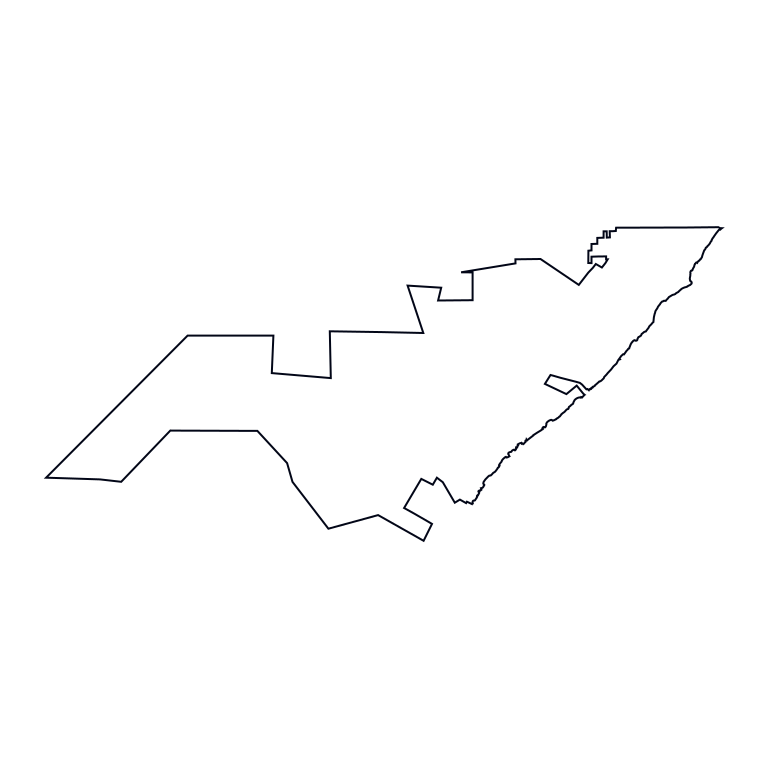 the district of Solidaridad, Quintana Roo, Mexico
{"feature_id": "50627088B14293404548968", "entity_name": "Solidaridad", "entity_type": "district", "adm_level": 2, "iso_a3": "MEX", "parent_name": "Mexico", "parent_adm1": "Quintana Roo", "projection": "orthographic", "projection_center": [-87.149, 20.584], "detail": "fine", "context": "isolated", "style": "outline", "palette": "ink", "viewbox_px": 768, "rotation_deg": 0, "n_neighbors": 0, "source": "geoboundaries", "source_scale": "gbopen_adm2", "svg_char_len": 6017}
<svg xmlns="http://www.w3.org/2000/svg" viewBox="0 0 768 768"><path d="M187.6,335.6L46.1,477.7L59.6,478.1L100.0,479.4L121.2,481.8L170.4,430.5L171.5,430.6L257.4,430.9L287.1,463.1L292.5,481.9L328.4,528.7L378.1,515.1L423.6,540.8L432.0,523.9L414.4,513.7L404.1,508.0L421.3,478.9L432.8,484.7L436.9,477.7L442.8,482.2L454.8,502.7L459.9,499.6L466.1,503.1L466.9,501.7L471.6,503.9L471.6,503.6L472.5,503.7L472.8,503.5L472.6,502.5L472.7,501.4L473.1,500.8L473.7,500.5L474.7,500.5L475.1,500.2L475.4,499.6L476.6,497.9L477.0,497.1L476.9,497.0L477.0,496.8L477.0,496.1L477.1,495.7L477.6,495.2L478.0,495.3L478.2,494.9L478.6,494.1L479.2,492.9L479.2,492.4L478.5,491.8L478.4,491.5L478.5,491.1L479.2,490.6L479.6,490.6L480.0,490.8L480.2,490.7L480.2,490.4L480.4,490.1L480.9,490.1L481.4,489.8L481.4,489.3L481.0,488.2L481.9,488.0L482.6,487.7L483.3,486.9L483.9,485.3L484.2,485.3L484.3,484.8L483.3,483.7L483.5,482.2L483.9,481.5L485.4,479.4L488.3,476.4L489.2,475.7L489.8,475.7L490.3,475.4L490.8,475.4L491.7,474.6L493.2,472.9L495.0,471.8L496.1,470.5L497.6,468.4L497.8,467.7L498.4,467.5L498.9,467.0L499.1,466.2L499.6,465.7L499.4,465.2L499.1,465.1L499.2,464.7L499.7,464.0L500.0,463.5L501.6,461.6L501.9,460.5L502.9,459.2L504.4,457.8L505.3,457.1L505.7,456.9L506.0,456.9L506.4,457.5L507.6,457.3L509.4,456.3L509.1,455.9L509.1,455.5L508.2,453.9L508.6,452.7L509.9,452.1L511.3,451.8L511.6,451.3L512.1,450.6L513.4,449.8L514.3,449.7L514.5,449.9L514.6,450.2L514.7,450.3L514.8,450.3L514.9,450.0L515.3,450.1L515.7,449.7L515.9,449.3L515.8,449.2L516.1,448.7L516.0,447.8L516.1,447.3L517.2,447.4L517.6,445.3L518.7,446.3L517.7,445.3L517.7,445.0L518.3,444.1L519.6,443.4L520.4,443.1L521.1,443.0L521.7,443.2L522.1,443.6L522.2,443.8L522.1,444.2L522.3,444.4L522.2,444.2L522.4,444.0L522.4,443.6L522.5,443.7L522.6,444.4L522.6,444.2L522.9,444.3L522.6,444.5L523.0,444.3L523.6,443.8L525.6,441.8L525.4,441.0L525.5,440.6L525.9,440.4L526.4,440.3L526.6,440.2L526.4,440.1L526.5,439.6L526.7,439.9L526.7,440.2L527.2,440.0L526.5,440.4L526.5,440.6L527.2,440.4L527.3,440.1L533.4,435.4L533.4,435.1L533.7,435.0L534.0,434.7L535.3,433.9L536.8,432.9L541.4,430.1L541.8,429.4L542.2,429.2L542.6,429.3L543.0,428.9L542.5,428.5L542.6,427.8L543.1,427.2L543.9,426.9L545.1,427.3L545.7,426.7L546.0,426.0L546.4,424.4L546.3,423.6L546.5,423.2L546.8,422.6L547.5,421.8L549.0,420.7L549.8,420.3L550.9,419.9L551.5,419.9L552.0,420.1L552.5,420.6L552.8,420.7L553.2,420.4L553.9,420.3L555.7,419.4L556.0,419.1L556.3,419.1L556.8,418.5L558.4,417.6L559.2,416.7L559.7,416.5L560.2,416.0L560.5,415.4L561.2,414.7L561.5,414.1L561.9,413.9L562.5,413.3L564.5,411.9L566.2,410.0L566.7,409.5L567.3,409.2L567.8,409.1L568.3,408.9L568.6,408.3L568.5,408.1L568.7,407.6L569.0,406.9L570.3,406.0L570.9,405.3L571.5,404.8L573.1,403.7L573.3,403.0L573.4,402.4L574.6,400.1L575.4,399.3L576.5,398.5L577.7,397.9L578.6,397.6L579.9,397.4L580.8,397.7L581.2,397.5L581.3,397.0L581.8,397.1L582.1,397.4L584.0,395.4L584.0,394.9L584.5,394.7L583.4,393.8L576.7,385.6L566.4,394.1L544.9,383.9L550.5,375.0L552.9,375.6L560.5,377.8L576.1,381.8L579.9,382.9L582.1,384.6L586.4,389.3L587.4,389.0L588.8,390.2L589.1,389.5L589.4,389.3L589.6,389.4L589.9,389.0L590.2,388.9L590.6,389.2L591.1,389.0L591.3,388.7L591.4,387.9L591.9,387.7L592.2,387.8L592.5,387.7L592.6,387.4L592.5,387.1L592.7,386.9L593.0,387.1L593.5,386.6L594.8,385.8L594.9,385.4L597.0,383.6L598.2,382.5L598.7,382.2L598.9,381.8L599.4,381.4L600.0,381.4L600.8,381.0L601.7,380.3L602.4,379.6L603.0,379.0L603.7,378.4L604.2,377.0L606.6,374.5L607.6,373.2L611.1,369.5L613.5,366.3L616.5,363.6L618.3,360.0L619.0,359.1L619.6,359.5L619.8,359.4L619.4,359.1L619.5,358.9L619.3,358.7L621.2,356.0L623.2,354.2L624.0,354.4L625.6,352.2L626.4,351.0L627.6,349.8L628.0,349.1L628.7,348.5L629.2,348.4L629.3,347.9L630.7,344.3L631.8,342.4L632.1,342.3L633.1,341.0L634.3,340.2L634.8,340.2L635.4,340.7L635.7,340.7L636.6,340.6L636.9,340.4L637.3,339.9L637.5,338.9L638.3,337.3L638.6,337.0L639.5,336.7L640.4,335.9L641.0,335.6L641.7,333.9L642.1,333.7L644.1,332.0L645.1,331.6L645.8,331.5L646.0,331.3L646.4,330.6L648.5,327.9L649.3,326.3L651.3,324.3L652.7,322.6L653.4,322.1L653.9,317.2L654.7,313.7L655.1,312.8L655.2,312.0L655.6,310.8L657.4,308.1L657.9,306.9L659.0,305.4L659.9,304.4L660.3,303.6L660.9,302.8L662.2,301.5L663.1,301.3L663.7,300.9L664.1,300.7L664.8,300.9L665.7,300.9L666.6,299.7L667.7,298.7L668.5,297.6L668.9,297.1L672.2,295.1L672.9,294.8L674.2,294.5L675.3,294.0L676.2,293.1L678.3,292.0L678.9,291.3L680.2,290.1L680.6,289.8L681.5,288.9L682.6,288.3L683.6,287.8L684.2,287.6L684.6,287.4L685.9,287.1L687.1,286.7L687.3,286.4L687.7,286.3L688.1,285.9L690.1,285.0L691.5,283.7L691.6,283.4L691.7,282.7L691.6,282.2L691.2,281.5L690.7,281.4L690.3,281.0L690.0,280.1L689.8,278.6L690.0,277.2L690.3,275.8L690.3,274.3L690.5,273.8L690.3,272.6L690.5,271.5L690.9,270.9L691.3,270.6L691.7,270.7L692.3,270.3L692.5,270.0L692.5,269.7L692.7,269.3L693.3,268.0L694.1,266.7L694.5,264.9L694.8,264.5L695.0,263.8L695.4,263.6L696.1,262.6L696.9,262.3L697.3,262.7L697.6,262.1L698.0,261.5L698.9,260.7L699.2,260.7L699.8,259.9L700.0,259.5L700.2,259.3L700.5,259.3L701.2,258.5L701.4,257.9L701.9,257.3L702.3,255.7L702.8,254.2L704.2,250.4L704.5,250.0L704.8,249.8L705.1,249.4L705.6,248.4L705.8,247.7L706.2,247.5L706.9,247.0L707.3,246.3L707.8,245.8L708.1,245.6L709.3,244.2L710.0,243.2L710.2,242.7L710.9,241.5L711.5,240.9L711.6,240.2L712.0,239.6L712.1,239.3L712.4,238.6L713.6,237.1L713.7,236.8L715.6,234.1L716.0,233.5L718.8,230.0L719.8,229.6L720.2,229.7L721.2,228.7L721.9,228.2L719.8,228.1L718.4,227.2L687.4,227.5L616.1,227.7L615.8,231.0L612.6,231.2L609.7,231.2L609.9,237.4L606.8,237.6L606.7,231.3L603.6,231.3L603.6,237.7L597.3,237.9L597.3,243.8L591.5,244.0L591.5,250.4L588.4,250.7L588.3,263.0L591.5,263.1L591.5,256.7L597.5,256.5L606.1,256.4L606.1,259.3L607.7,259.3L605.4,263.1L601.9,267.5L595.8,264.0L592.8,267.9L588.3,272.6L578.8,284.9L540.5,259.0L515.4,259.3L515.5,263.4L461.1,272.3L472.6,272.4L472.6,300.2L438.1,300.5L441.2,287.7L407.6,285.6L423.3,333.0L382.4,332.1L329.8,331.3L330.8,378.1L271.8,373.1L273.4,335.6L187.6,335.6Z" fill="none" stroke="#020617" stroke-width="2"/></svg>